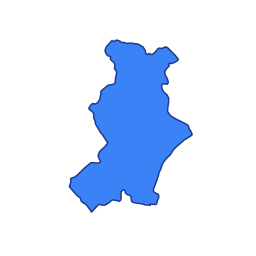 Santa María Ixhuatán, Santa Rosa, Guatemala, rotated 227°
{"feature_id": "79465075B67666952430364", "entity_name": "Santa María Ixhuatán", "entity_type": "district", "adm_level": 2, "iso_a3": "GTM", "parent_name": "Guatemala", "parent_adm1": "Santa Rosa", "projection": "robinson", "projection_center": [-90.258, 14.147], "detail": "fine", "context": "isolated", "style": "filled", "palette": "blue", "viewbox_px": 256, "rotation_deg": 227, "n_neighbors": 0, "source": "geoboundaries", "source_scale": "gbopen_adm2", "svg_char_len": 2679}
<svg xmlns="http://www.w3.org/2000/svg" viewBox="0 0 256 256"><g transform="rotate(227 128 128)"><path d="M89.8,173.7L103.0,168.8L107.8,167.5L112.4,168.0L113.8,168.8L116.9,172.4L119.5,175.7L122.1,178.1L125.3,179.1L130.4,178.8L133.1,179.6L135.1,180.7L136.6,182.4L136.6,183.9L135.9,184.3L133.3,186.4L133.2,186.9L133.7,188.1L134.0,188.7L137.6,190.5L140.1,191.0L142.5,191.9L144.1,193.5L145.1,196.2L145.2,200.2L146.1,201.0L146.9,201.2L147.3,202.1L145.4,203.8L145.2,204.8L144.4,206.1L143.7,208.7L143.6,211.2L144.2,211.7L148.9,212.1L160.1,211.7L161.9,210.5L163.0,207.1L164.7,205.7L165.5,204.5L165.5,203.3L165.0,199.8L165.2,195.8L165.8,195.4L166.2,194.9L168.0,194.4L168.6,192.2L169.2,191.9L170.3,191.8L173.1,193.6L176.9,194.2L181.9,192.9L182.6,192.3L183.7,191.8L184.4,190.9L185.9,189.8L188.9,187.3L190.0,185.4L192.0,184.1L193.0,183.6L195.0,181.6L197.0,181.3L199.5,180.1L200.6,178.7L200.6,177.4L201.0,176.8L201.5,176.2L202.9,176.0L202.2,167.6L200.8,164.7L199.8,163.6L197.8,162.8L195.0,162.4L192.1,163.9L191.5,163.5L190.9,162.5L189.1,161.9L185.2,162.3L183.4,161.7L180.6,158.6L177.1,158.1L176.3,157.5L171.9,151.6L171.2,150.8L169.7,149.3L169.9,147.2L170.3,146.6L171.3,145.0L172.9,142.6L173.4,133.4L171.6,131.5L169.2,128.3L168.5,127.4L167.3,123.5L167.5,121.4L167.9,120.5L169.4,119.1L170.0,118.9L170.1,116.0L169.3,113.1L168.9,112.7L168.3,112.4L163.3,113.1L161.6,112.4L158.6,109.8L155.5,108.6L152.8,106.9L142.9,104.7L140.8,104.8L130.9,103.0L130.5,102.3L130.6,100.8L130.1,98.8L130.1,91.2L128.7,88.0L128.2,87.3L126.4,86.3L122.4,85.1L122.0,84.2L122.1,83.2L122.9,82.1L124.9,80.0L126.4,79.0L127.9,76.9L128.4,68.6L128.1,59.9L128.4,55.8L129.3,53.7L129.9,52.5L129.9,51.2L127.7,49.8L125.1,45.1L118.3,44.8L113.4,44.7L109.3,45.4L106.4,43.9L103.6,44.2L101.9,44.9L99.3,45.1L91.4,44.1L92.1,54.2L91.2,55.4L89.2,56.5L88.5,57.4L87.3,58.6L86.4,62.4L86.2,66.9L85.4,68.2L82.3,70.5L80.3,71.7L80.3,73.6L80.7,74.2L82.1,75.9L83.6,77.1L85.9,79.2L86.2,82.0L85.3,83.1L84.4,83.2L82.6,81.9L81.5,81.8L79.6,82.1L78.3,83.2L75.5,83.3L72.5,80.9L72.0,80.7L71.3,80.7L70.7,80.8L70.1,81.0L69.5,81.4L69.0,81.8L68.4,82.2L62.1,87.1L60.6,87.7L56.4,91.5L56.8,91.9L57.0,92.5L56.7,93.0L54.7,94.5L53.3,96.0L53.1,96.4L53.1,97.1L53.3,97.6L53.6,98.1L55.6,101.4L56.0,102.6L57.2,104.2L59.2,104.9L60.7,104.1L64.1,103.3L65.5,104.5L66.8,106.6L68.2,109.7L70.4,113.9L72.3,117.4L74.6,120.9L75.2,123.1L76.7,126.0L77.8,127.7L78.4,129.4L78.6,130.1L79.1,132.6L79.5,135.4L79.6,140.4L80.7,145.3L81.1,145.9L81.2,148.3L81.3,150.2L80.8,162.3L80.3,163.0L80.2,164.7L80.1,165.8L79.8,166.4L79.5,167.8L79.4,168.9L79.3,170.1L80.2,170.9L81.5,171.3L82.7,171.7L84.2,172.0L85.6,172.2L88.5,173.6L89.8,173.7Z" fill="#3b82f6" stroke="#1e3a8a" stroke-width="1.5"/></g></svg>